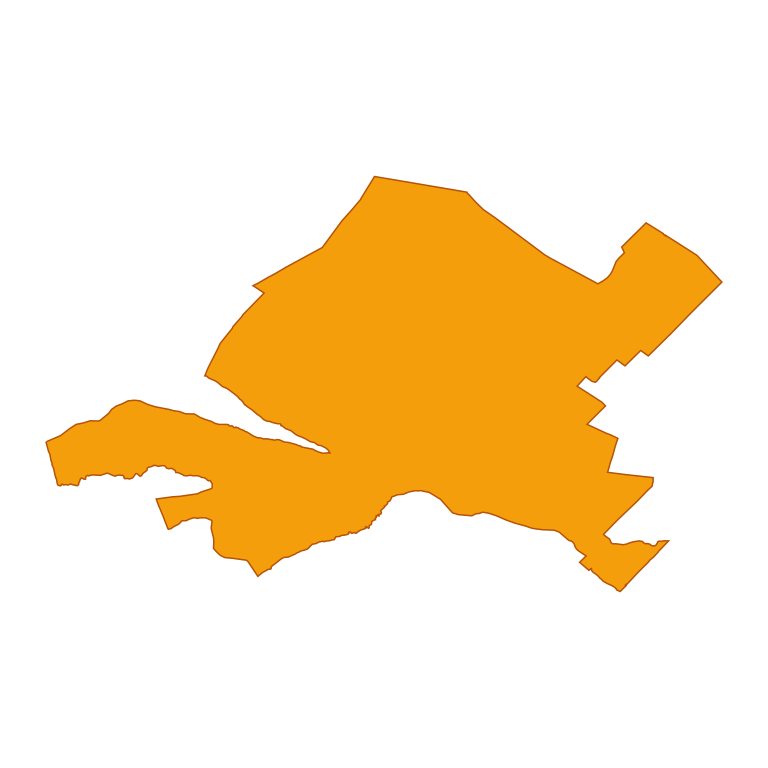 the district of Baia, Suceava, Romania
{"feature_id": "2599482B74007881271800", "entity_name": "Baia", "entity_type": "district", "adm_level": 2, "iso_a3": "ROU", "parent_name": "Romania", "parent_adm1": "Suceava", "projection": "robinson", "projection_center": [26.198, 47.421], "detail": "fine", "context": "isolated", "style": "filled", "palette": "amber", "viewbox_px": 768, "rotation_deg": 0, "n_neighbors": 0, "source": "geoboundaries", "source_scale": "gbopen_adm2", "svg_char_len": 6085}
<svg xmlns="http://www.w3.org/2000/svg" viewBox="0 0 768 768"><path d="M668.6,540.9L664.1,540.8L661.4,541.3L658.9,541.1L657.6,542.0L657.4,542.9L655.8,545.3L653.7,546.0L651.6,545.6L649.5,544.0L646.8,543.5L645.9,543.8L644.9,543.5L644.1,543.2L642.5,541.5L639.1,540.9L633.4,541.8L629.5,542.9L626.5,544.1L623.2,544.7L616.2,543.8L612.6,543.8L611.3,543.0L609.5,539.0L604.7,535.6L603.6,534.3L617.0,520.5L636.9,501.5L647.6,490.4L651.7,486.6L652.2,486.0L652.7,482.7L653.1,482.1L653.2,477.6L623.9,474.4L607.6,472.3L610.6,461.8L612.5,456.4L615.3,446.1L617.9,438.4L610.2,434.7L606.4,433.3L587.0,424.3L605.5,405.9L601.8,402.1L577.1,386.2L585.9,376.6L588.0,378.5L592.0,381.3L595.3,382.3L596.4,381.5L599.6,377.9L599.4,377.6L616.9,360.0L625.0,365.9L640.7,350.5L648.3,355.9L671.3,333.2L691.9,312.0L721.9,282.1L696.9,255.3L665.4,235.2L665.3,235.7L663.4,234.2L663.4,233.7L646.1,222.9L621.7,247.0L624.4,252.8L618.8,258.2L616.1,261.6L612.3,271.1L610.2,274.5L607.1,278.0L602.5,281.2L597.9,283.8L549.8,257.9L544.8,254.9L495.7,218.2L483.3,209.6L475.3,201.7L468.4,194.1L467.4,193.4L467.0,192.2L374.5,176.5L360.8,198.8L360.8,199.2L351.5,210.2L342.3,220.4L322.3,247.5L286.2,267.1L276.1,273.1L268.2,277.3L257.9,283.3L253.0,285.7L264.1,293.0L242.5,315.2L242.5,315.8L233.0,326.6L232.3,328.3L220.2,343.4L217.8,348.7L208.1,367.8L204.8,375.9L206.4,376.0L209.0,378.2L215.1,380.8L218.0,382.7L222.2,386.4L227.0,388.5L230.3,390.8L238.1,396.9L238.5,397.9L239.0,398.2L239.5,398.9L240.6,399.6L242.5,401.4L244.3,404.2L245.1,405.1L245.9,405.4L246.8,406.3L252.1,409.9L256.9,414.1L260.8,416.8L263.5,419.5L266.8,421.1L269.5,421.4L272.8,422.6L277.8,423.8L280.0,423.8L281.0,424.4L280.8,425.2L281.2,425.8L282.3,426.0L285.7,428.7L290.8,430.6L295.6,434.4L298.4,435.9L301.4,436.9L305.8,439.0L310.4,441.7L314.5,442.6L317.9,445.1L321.4,445.7L326.1,448.2L328.2,450.1L329.9,453.0L328.3,452.8L322.4,453.3L321.3,452.6L319.7,452.4L315.1,450.5L313.0,449.2L301.6,447.0L300.7,446.0L298.4,445.6L296.4,444.6L288.7,442.5L284.2,442.0L279.3,439.8L277.3,439.6L274.1,440.2L272.7,439.6L270.6,439.5L267.3,438.8L263.5,438.9L260.3,437.9L257.4,437.7L253.5,436.1L247.6,432.4L246.5,431.8L245.2,431.5L244.0,430.5L239.9,429.0L238.6,428.1L235.9,427.1L235.5,427.1L234.9,427.7L233.6,427.4L233.0,426.5L231.9,425.7L230.7,426.1L229.4,425.8L228.5,424.8L227.0,424.4L218.9,424.4L215.1,423.4L211.1,421.3L205.1,419.4L199.9,417.3L194.4,414.0L185.5,413.8L179.3,411.5L173.6,410.7L168.9,409.4L155.4,406.8L147.5,404.4L140.1,400.9L136.2,400.4L133.5,400.3L128.0,400.9L122.0,403.9L116.0,406.2L111.6,409.4L108.5,413.5L100.0,420.5L98.4,421.0L90.1,420.8L83.1,423.0L76.1,424.4L70.0,428.4L60.4,435.7L47.3,441.3L46.1,442.4L48.5,451.3L49.9,454.4L51.0,460.6L52.0,462.8L52.0,464.7L53.6,468.5L55.3,476.2L56.6,479.8L57.0,482.5L57.5,484.3L57.9,485.1L60.2,485.9L61.1,485.4L61.7,484.2L62.3,484.2L63.5,485.0L65.6,484.6L67.7,485.0L68.6,484.9L70.2,484.0L75.0,485.3L77.5,485.7L78.7,484.4L78.6,483.5L79.8,480.9L80.0,479.8L81.1,478.3L81.5,478.0L82.5,478.3L83.9,479.2L85.6,479.1L85.6,477.3L86.0,476.5L87.2,475.6L87.8,475.4L88.7,475.9L89.3,475.8L90.9,475.2L93.3,474.9L100.3,475.4L106.9,473.2L108.3,473.4L112.2,475.2L114.8,476.1L115.8,476.1L117.0,475.3L118.5,475.1L122.2,475.3L123.4,475.8L123.9,476.7L123.9,477.7L124.9,478.7L127.5,478.5L129.4,479.0L132.4,478.0L133.5,476.9L135.7,473.7L136.4,473.6L137.3,473.9L139.8,476.1L141.0,476.0L141.6,475.5L142.9,473.4L146.8,470.5L147.1,470.1L147.0,468.7L147.5,468.0L148.9,467.1L150.5,466.9L152.6,466.1L153.6,465.3L154.4,465.6L155.7,465.4L158.1,466.3L162.6,465.6L164.9,465.9L166.8,468.2L168.7,468.7L171.6,468.4L172.5,468.7L175.2,470.5L175.8,472.5L178.3,472.7L182.3,474.5L183.8,475.5L186.1,475.9L190.4,475.3L193.3,475.8L196.5,475.7L198.5,475.9L201.8,477.4L204.0,477.7L205.7,478.5L207.7,480.4L208.5,480.8L210.1,480.5L212.2,483.8L212.1,487.5L211.7,488.5L201.4,491.9L197.4,493.8L180.1,496.3L172.6,496.8L156.2,499.0L158.3,504.8L162.8,515.5L167.9,528.7L168.4,529.3L171.0,528.6L174.0,526.5L178.3,524.4L179.7,523.3L181.9,520.8L186.0,520.7L189.5,519.1L193.3,517.9L195.3,517.8L197.6,518.4L199.4,517.9L204.7,517.8L206.3,518.1L211.5,520.3L212.0,521.5L211.2,527.6L211.3,528.9L213.5,537.9L213.8,541.5L213.5,548.4L216.3,551.6L220.5,555.5L224.9,557.6L232.7,558.3L246.2,560.2L247.8,561.3L257.9,576.4L262.2,572.7L268.6,569.2L270.7,569.1L271.2,568.3L271.0,567.4L271.8,566.2L281.1,559.0L283.7,557.5L288.2,557.1L295.5,553.9L297.0,552.8L298.5,552.3L301.2,550.9L304.5,550.1L307.5,548.9L308.4,548.2L310.3,546.3L310.5,545.8L311.6,545.0L312.1,544.3L316.0,543.6L318.8,542.1L320.9,541.6L323.1,541.3L323.7,541.7L326.6,541.0L329.9,540.7L331.7,540.0L333.8,539.8L334.4,539.5L335.8,536.8L339.2,536.5L340.3,536.2L341.1,535.5L344.8,535.1L347.8,534.4L348.9,533.5L348.5,532.5L349.1,532.0L349.7,531.9L350.8,532.3L351.2,533.1L351.9,533.3L354.6,532.5L355.2,533.1L356.1,533.3L358.0,531.7L360.9,530.0L365.8,528.4L365.8,527.5L365.4,527.0L365.7,526.6L366.3,526.7L368.6,528.3L369.1,527.8L369.2,525.6L370.9,524.8L371.5,524.1L371.7,522.2L372.0,521.3L374.9,519.7L375.5,519.7L375.3,518.2L376.3,517.5L376.1,516.2L376.2,515.8L377.4,515.8L377.5,515.2L377.9,515.1L379.0,516.1L379.2,515.9L378.9,514.7L379.0,514.3L381.0,513.9L381.4,512.2L380.8,511.3L380.7,510.8L381.0,510.3L384.4,507.3L384.6,506.9L384.4,506.1L385.5,505.8L387.4,503.8L387.7,503.3L387.5,502.0L389.5,501.2L390.2,500.5L392.1,496.6L393.3,496.4L396.4,495.3L397.1,494.8L403.2,494.3L409.1,491.9L416.1,490.6L417.8,491.0L420.5,490.6L429.2,492.4L440.5,499.3L452.5,512.8L458.2,514.6L471.8,515.8L475.8,513.8L479.7,513.4L481.9,512.4L483.6,512.3L485.8,512.7L489.0,513.3L496.5,515.8L505.9,519.9L514.8,523.1L525.4,526.0L532.5,528.4L542.2,529.7L554.2,530.2L559.2,532.1L568.7,540.3L572.0,541.4L574.0,543.6L575.3,547.2L576.5,549.1L578.4,550.8L586.1,556.0L579.6,562.3L588.9,570.3L590.0,569.6L590.6,568.7L591.4,568.5L591.6,570.2L592.5,571.8L596.5,574.6L598.9,576.8L599.4,577.8L601.2,579.0L602.4,580.5L603.9,581.7L607.4,583.6L611.3,585.3L614.6,587.3L616.2,588.9L616.8,590.0L620.2,591.5L626.0,585.8L625.3,585.2L626.4,584.2L626.7,584.5L639.1,571.3L647.9,562.6L650.2,559.8L653.4,557.2L658.2,552.1L658.3,551.6L668.6,540.9Z" fill="#f59e0b" stroke="#b45309" stroke-width="1.5"/></svg>